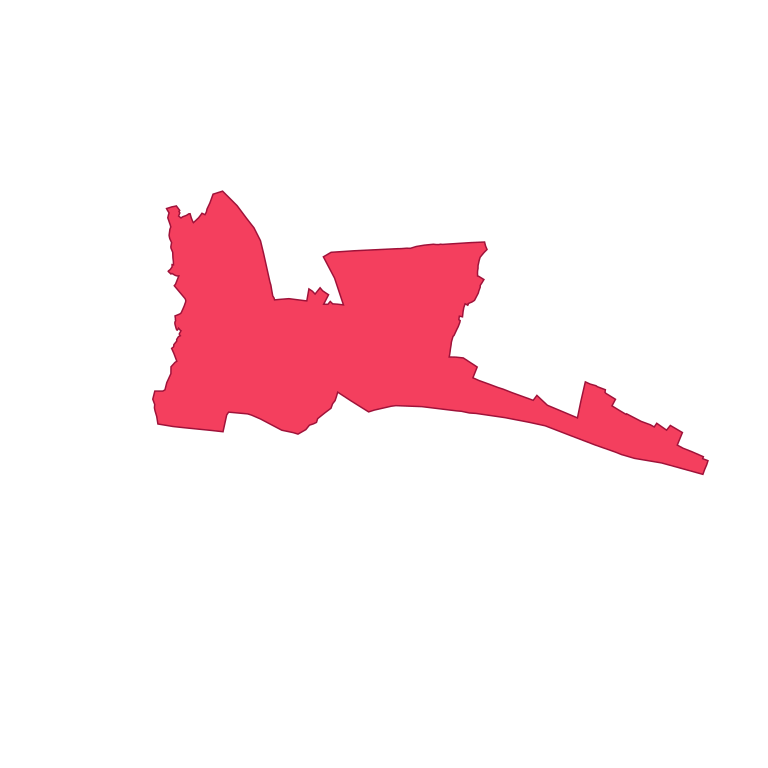 Dala, Kano, Nigeria, rotated 140°
{"feature_id": "59680162B56865757670534", "entity_name": "Dala", "entity_type": "district", "adm_level": 2, "iso_a3": "NGA", "parent_name": "Nigeria", "parent_adm1": "Kano", "projection": "natural_earth1", "projection_center": [8.494, 12.03], "detail": "fine", "context": "isolated", "style": "filled", "palette": "rose", "viewbox_px": 768, "rotation_deg": 140, "n_neighbors": 0, "source": "geoboundaries", "source_scale": "gbopen_adm2", "svg_char_len": 3915}
<svg xmlns="http://www.w3.org/2000/svg" viewBox="0 0 768 768"><g transform="rotate(140 384 384)"><path d="M197.8,109.8L193.3,112.4L188.9,114.6L185.1,117.0L187.9,122.0L186.1,123.0L191.6,134.1L196.2,142.6L198.6,148.7L186.6,155.0L191.3,168.2L197.2,167.0L200.3,178.6L204.6,177.4L206.2,181.6L211.0,190.0L217.3,205.2L218.1,205.1L220.6,212.3L223.4,220.7L216.5,223.5L220.0,234.1L220.1,235.5L218.1,237.3L222.3,244.8L222.7,246.4L226.1,251.4L228.4,256.2L230.3,254.8L244.2,244.3L257.6,233.7L272.5,262.7L274.2,277.0L280.2,275.6L291.5,295.1L296.0,303.4L298.9,308.0L303.6,316.3L309.1,325.8L311.9,331.6L301.7,337.1L306.5,353.0L311.7,358.4L314.9,361.2L316.7,362.8L314.6,364.5L312.7,366.2L310.3,368.4L307.5,370.8L305.4,372.8L301.9,375.2L300.5,376.1L299.1,376.2L292.9,379.1L290.3,380.2L286.4,382.4L284.9,383.6L285.2,385.0L285.3,385.2L282.7,387.5L282.0,386.7L280.7,385.0L276.7,388.8L274.5,390.6L274.0,391.1L270.3,393.3L269.9,392.4L269.2,390.5L268.5,390.7L268.1,391.2L267.9,391.5L266.1,391.0L264.0,390.3L260.9,389.9L253.4,393.0L251.4,394.4L248.1,396.3L246.9,397.7L244.4,398.4L240.3,399.8L242.3,405.8L242.9,406.6L242.4,407.2L240.8,409.2L240.6,409.4L239.6,410.5L237.7,412.1L235.9,414.2L231.5,417.6L228.9,419.3L224.1,420.2L222.8,420.4L222.0,420.5L218.6,420.8L217.5,424.4L216.4,426.7L215.7,428.1L226.2,436.2L249.3,453.2L251.0,454.9L252.3,455.5L252.9,456.0L254.7,457.6L256.3,459.3L264.1,464.6L270.9,468.6L276.6,471.0L279.4,473.5L284.0,476.8L286.6,478.9L321.3,505.3L339.9,518.9L348.7,520.4L353.8,496.9L364.2,470.7L368.4,475.1L371.8,478.4L372.1,481.8L375.8,481.1L378.9,483.9L369.1,488.0L370.1,491.3L371.1,494.9L371.1,498.8L379.0,497.2L379.2,501.1L380.4,505.1L389.7,497.3L391.0,498.6L393.6,501.4L402.0,510.5L410.0,516.2L413.8,518.8L413.0,520.4L412.6,523.0L409.8,527.9L407.1,532.5L405.8,535.5L395.1,556.1L392.4,561.3L386.5,573.2L383.2,587.3L383.1,591.1L382.8,599.3L381.9,615.0L383.7,635.5L392.9,639.3L401.0,634.6L407.1,631.8L409.6,629.9L412.3,628.8L413.7,631.8L415.6,631.3L419.2,630.5L424.2,630.2L426.3,630.1L426.2,631.0L424.9,635.0L423.1,639.1L424.1,639.8L427.1,640.2L430.7,641.5L432.8,641.7L433.4,644.7L430.4,646.3L430.2,647.9L428.9,648.3L428.6,653.9L430.4,654.8L432.7,656.1L435.2,657.1L436.9,657.8L437.8,658.2L438.2,656.5L438.7,653.2L440.3,652.2L442.8,650.3L445.2,644.0L445.5,643.1L446.0,642.3L446.3,641.4L448.6,640.1L453.0,636.1L453.9,634.6L454.7,633.0L455.8,628.9L459.0,626.2L459.8,625.1L461.2,620.7L464.6,616.3L466.7,613.1L468.7,610.6L469.6,611.7L471.1,609.9L474.1,609.1L476.5,609.2L476.9,609.0L476.9,608.5L476.5,605.2L475.4,605.0L475.0,603.9L474.7,603.1L474.5,602.5L474.2,601.7L473.9,601.1L473.1,599.9L471.7,598.7L479.5,594.5L481.5,594.1L481.5,591.8L481.5,588.4L481.5,577.2L482.1,575.5L483.3,574.3L485.1,573.3L486.7,572.3L490.7,570.3L491.2,570.1L492.7,569.3L494.1,568.8L495.4,568.9L498.9,570.0L500.3,570.5L501.2,569.1L501.7,568.2L502.3,567.6L503.0,566.4L504.4,565.8L505.5,564.5L506.1,563.3L507.4,560.5L508.0,558.8L507.8,558.2L507.0,558.2L505.5,558.8L505.5,557.1L505.5,556.4L505.5,556.0L505.3,555.2L506.0,555.1L506.5,554.7L508.3,554.2L508.9,553.5L509.0,551.9L511.0,552.4L514.2,551.4L515.2,550.1L519.6,549.3L521.1,547.8L522.1,547.7L523.8,547.8L525.3,542.5L528.1,534.6L530.2,534.9L536.1,534.1L540.6,528.9L549.5,524.7L555.6,520.3L558.1,520.8L564.1,525.9L570.9,521.0L572.8,515.7L575.2,513.3L576.7,510.5L579.0,505.2L582.9,498.7L572.9,487.0L565.5,479.3L545.9,459.2L538.0,450.9L524.4,461.4L521.1,462.3L507.7,448.8L505.5,445.4L501.1,436.6L492.0,414.3L484.8,405.1L482.1,400.9L473.2,399.3L467.6,400.4L463.6,398.8L460.4,398.0L457.1,400.1L447.8,399.9L440.2,399.5L436.1,401.9L432.2,402.7L428.6,404.9L424.7,407.5L420.0,391.9L413.7,372.5L408.1,370.2L392.7,362.3L388.8,359.8L369.5,342.3L345.7,316.8L342.2,313.3L337.2,306.9L332.4,302.3L312.8,280.3L307.3,273.5L302.4,267.5L297.3,261.2L287.4,248.4L274.1,224.3L261.6,201.8L250.7,183.4L247.2,176.9L246.4,175.8L239.9,166.0L222.1,145.1L197.8,109.8Z" fill="#f43f5e" stroke="#9f1239" stroke-width="1.5"/></g></svg>